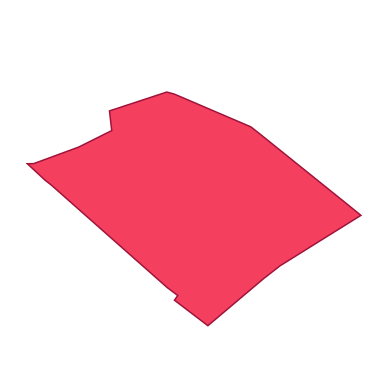 Wyoming, Pennsylvania, United States of America, rotated 221°
{"feature_id": "52423323B85035932341435", "entity_name": "Wyoming", "entity_type": "district", "adm_level": 2, "iso_a3": "USA", "parent_name": "United States of America", "parent_adm1": "Pennsylvania", "projection": "mercator", "projection_center": [-75.987, 41.514], "detail": "fine", "context": "isolated", "style": "filled", "palette": "rose", "viewbox_px": 384, "rotation_deg": 221, "n_neighbors": 0, "source": "geoboundaries", "source_scale": "gbopen_adm2", "svg_char_len": 416}
<svg xmlns="http://www.w3.org/2000/svg" viewBox="0 0 384 384"><g transform="rotate(221 192 192)"><path d="M49.2,285.2L64.6,284.7L179.8,280.3L190.2,279.8L256.5,258.5L269.8,254.2L276.6,250.9L307.5,199.1L292.9,185.7L307.1,151.4L330.1,109.6L334.8,105.3L310.5,104.5L303.1,104.9L148.2,103.6L134.8,104.5L134.3,98.8L92.3,101.5L81.1,173.7L77.1,194.2L49.2,285.2Z" fill="#f43f5e" stroke="#9f1239" stroke-width="1.5"/></g></svg>